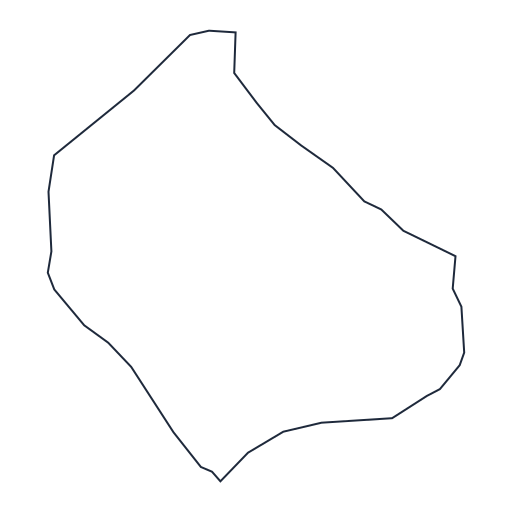 Concepción, Sololá, Guatemala (Robinson projection)
{"feature_id": "79465075B28359200258392", "entity_name": "Concepción", "entity_type": "district", "adm_level": 2, "iso_a3": "GTM", "parent_name": "Guatemala", "parent_adm1": "Sololá", "projection": "robinson", "projection_center": [-91.133, 14.783], "detail": "fine", "context": "isolated", "style": "outline", "palette": "slate", "viewbox_px": 512, "rotation_deg": 0, "n_neighbors": 0, "source": "geoboundaries", "source_scale": "gbopen_adm2", "svg_char_len": 547}
<svg xmlns="http://www.w3.org/2000/svg" viewBox="0 0 512 512"><path d="M235.6,32.4L209.0,30.7L190.0,35.0L134.0,90.5L54.1,155.3L48.5,191.7L51.4,251.4L47.8,272.7L54.3,289.5L84.2,325.3L108.2,342.7L131.2,366.9L173.5,432.3L200.9,467.0L212.0,471.7L220.4,481.3L248.0,452.7L283.3,431.7L321.5,422.7L392.1,418.2L426.9,395.9L439.9,389.1L459.7,365.2L464.2,352.6L461.4,306.7L452.7,288.6L455.5,256.2L403.4,230.8L381.3,209.5L364.3,201.4L333.0,167.9L301.2,145.5L274.7,125.1L256.7,102.9L234.2,73.0L235.6,32.4Z" fill="none" stroke="#1e293b" stroke-width="2"/></svg>